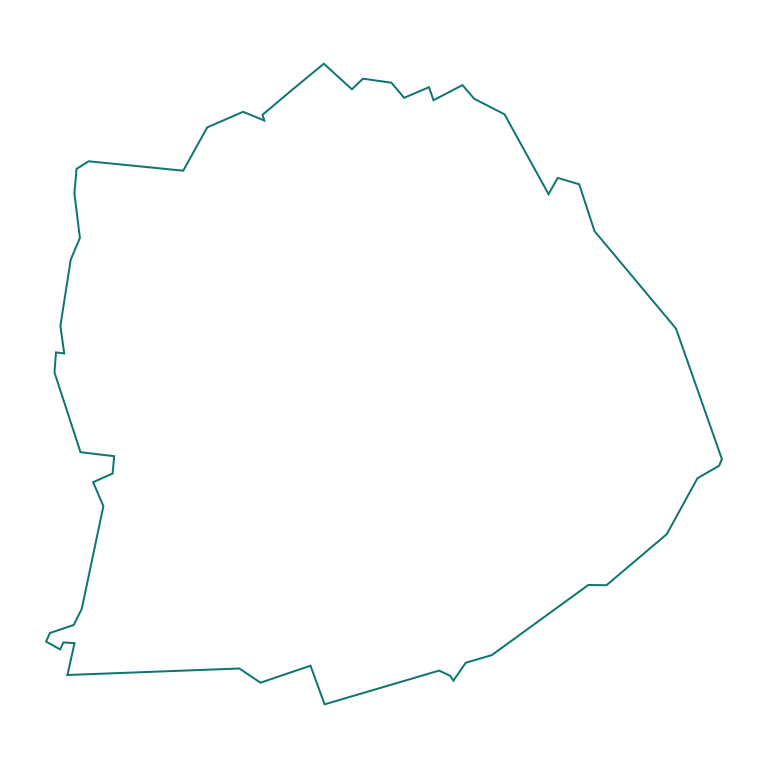 outline of Cumberland, Tennessee, United States of America
{"feature_id": "52423323B38317111384008", "entity_name": "Cumberland", "entity_type": "district", "adm_level": 2, "iso_a3": "USA", "parent_name": "United States of America", "parent_adm1": "Tennessee", "projection": "equal_earth", "projection_center": [-85.048, 35.958], "detail": "fine", "context": "isolated", "style": "outline", "palette": "teal", "viewbox_px": 768, "rotation_deg": 0, "n_neighbors": 0, "source": "geoboundaries", "source_scale": "gbopen_adm2", "svg_char_len": 817}
<svg xmlns="http://www.w3.org/2000/svg" viewBox="0 0 768 768"><path d="M462.5,85.1L433.5,100.2L429.0,87.2L404.1,97.8L391.4,82.7L362.9,78.7L351.9,89.3L323.8,63.7L292.8,89.3L262.5,114.8L264.3,120.5L243.1,111.8L207.2,127.4L183.2,170.7L88.6,161.3L76.5,168.9L74.4,193.3L79.9,238.0L70.7,259.7L60.4,325.9L64.2,353.4L56.0,352.4L54.5,372.5L80.5,452.2L114.2,456.2L112.6,473.5L93.1,482.2L103.4,506.1L81.8,608.7L73.8,624.9L49.9,633.0L46.1,641.6L60.1,649.4L63.4,642.4L74.5,643.2L67.9,673.0L67.3,675.0L239.4,668.5L260.4,682.7L310.5,665.7L324.6,704.3L439.1,670.6L450.0,675.7L453.4,680.6L465.8,662.7L491.8,655.1L588.3,585.0L606.5,585.2L666.8,534.1L697.5,478.2L719.2,465.7L721.9,459.1L676.0,328.6L594.5,231.1L579.2,184.3L557.7,177.9L548.5,194.1L504.5,114.3L474.2,98.8L462.5,85.1Z" fill="none" stroke="#0f766e" stroke-width="2"/></svg>